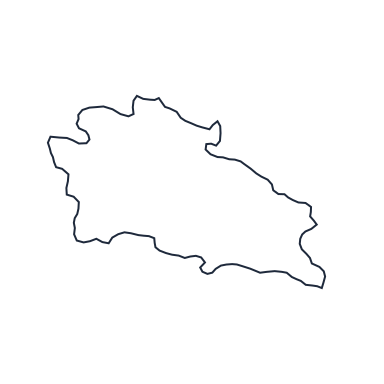 outline of Cantagalo, Minas Gerais, Brazil, rotated 107°
{"feature_id": "56859067B48352524880212", "entity_name": "Cantagalo", "entity_type": "district", "adm_level": 2, "iso_a3": "BRA", "parent_name": "Brazil", "parent_adm1": "Minas Gerais", "projection": "robinson", "projection_center": [-42.648, -18.509], "detail": "fine", "context": "isolated", "style": "outline", "palette": "slate", "viewbox_px": 384, "rotation_deg": 107, "n_neighbors": 0, "source": "geoboundaries", "source_scale": "gbopen_adm2", "svg_char_len": 1969}
<svg xmlns="http://www.w3.org/2000/svg" viewBox="0 0 384 384"><g transform="rotate(107 192 192)"><path d="M145.6,320.8L151.6,323.3L155.4,321.8L160.4,322.3L164.1,318.7L165.1,311.3L168.0,307.7L171.8,305.4L176.2,307.2L178.7,314.3L177.4,321.2L176.9,327.4L178.7,334.7L180.5,343.5L187.0,344.2L192.1,340.6L196.0,338.3L199.3,335.2L203.8,332.6L208.0,329.2L207.8,323.0L211.2,315.3L218.1,313.8L224.9,313.3L231.1,311.0L231.1,303.8L234.7,297.3L241.2,295.7L246.6,295.3L251.3,296.5L256.0,296.0L260.7,293.5L266.9,292.4L272.1,288.0L271.9,280.9L268.9,275.2L264.7,269.8L266.1,263.1L265.4,256.7L258.9,254.9L253.9,250.2L250.3,244.8L249.3,238.3L248.9,230.7L247.9,225.3L246.8,220.3L247.2,214.6L251.6,212.8L255.5,210.8L257.5,205.9L258.0,199.0L257.8,192.8L256.7,186.1L257.2,179.6L254.2,174.8L251.9,169.6L251.9,164.1L255.6,159.0L261.8,162.1L265.2,158.7L265.8,153.3L263.2,149.0L258.6,146.9L253.9,142.8L251.3,137.9L249.2,132.5L248.2,127.9L248.2,122.4L248.3,114.0L248.8,108.5L249.3,103.3L246.6,97.4L243.5,89.8L242.1,82.8L241.5,77.8L244.1,71.7L244.8,66.6L245.2,61.9L247.5,56.1L246.2,49.3L245.5,44.7L245.9,39.8L240.5,39.8L233.9,40.0L229.3,42.8L226.4,48.2L225.3,56.5L220.6,59.9L217.7,64.5L214.7,70.2L210.1,73.8L205.1,74.8L200.4,74.2L196.6,72.0L192.4,67.1L186.7,63.2L183.8,67.1L180.8,71.9L176.4,72.5L171.5,73.8L169.3,80.2L170.9,87.2L170.2,93.3L169.1,98.5L167.1,102.9L168.7,108.8L166.6,114.8L161.4,117.8L158.1,123.2L157.0,130.2L155.4,136.0L152.5,142.8L150.1,150.0L148.5,154.4L148.5,160.5L149.8,166.0L149.8,172.5L151.1,177.8L150.5,185.3L147.4,191.4L142.0,192.3L140.2,187.8L140.6,182.5L135.0,180.2L127.4,181.9L120.7,184.3L116.9,188.3L121.9,191.7L126.9,193.6L127.2,201.0L127.2,206.9L126.5,212.8L125.9,219.2L124.3,224.5L119.8,230.1L118.6,237.8L118.5,242.7L115.5,246.6L111.9,251.2L114.9,254.6L116.0,259.2L117.2,265.9L116.2,272.8L121.8,274.6L128.3,273.4L134.5,270.7L138.2,274.9L138.4,283.2L136.1,292.2L136.1,301.7L138.8,308.4L141.3,314.8L145.6,320.8Z" fill="none" stroke="#1e293b" stroke-width="2"/></g></svg>